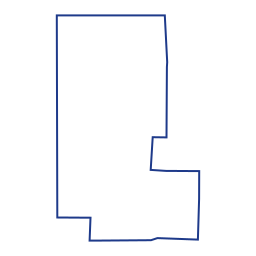 outline of Teller, Colorado, United States of America
{"feature_id": "52423323B64605598139542", "entity_name": "Teller", "entity_type": "district", "adm_level": 2, "iso_a3": "USA", "parent_name": "United States of America", "parent_adm1": "Colorado", "projection": "mercator", "projection_center": [-105.118, 38.889], "detail": "fine", "context": "isolated", "style": "outline", "palette": "blue", "viewbox_px": 256, "rotation_deg": 0, "n_neighbors": 0, "source": "geoboundaries", "source_scale": "gbopen_adm2", "svg_char_len": 342}
<svg xmlns="http://www.w3.org/2000/svg" viewBox="0 0 256 256"><path d="M57.3,15.4L56.8,15.4L57.3,217.5L90.5,217.7L89.6,240.6L97.0,240.6L151.0,240.2L157.4,238.1L197.9,239.6L199.1,199.0L199.2,171.1L165.9,170.9L150.7,169.9L152.7,137.2L166.5,137.4L166.9,67.0L167.2,62.2L164.8,15.4L57.3,15.4Z" fill="none" stroke="#1e3a8a" stroke-width="2"/></svg>